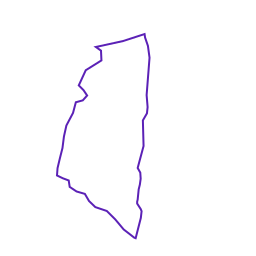 map outline of Xaçmaz (Albers equal-area conic projection), rotated 40°
{"feature_id": "AZE-1730", "entity_name": "Xaçmaz", "entity_type": "District", "adm_level": 1, "iso_a3": "AZE", "parent_name": "Azerbaijan", "parent_adm1": "", "projection": "albers", "projection_center": [48.76, 41.597], "detail": "fine", "context": "isolated", "style": "outline", "palette": "violet", "viewbox_px": 256, "rotation_deg": 40, "n_neighbors": 0, "source": "natural_earth", "source_scale": "10m", "svg_char_len": 733}
<svg xmlns="http://www.w3.org/2000/svg" viewBox="0 0 256 256"><g transform="rotate(40 128 128)"><path d="M51.3,86.6L68.3,64.6L80.3,45.4L82.9,47.7L90.5,52.3L99.3,60.3L121.1,90.8L129.6,99.4L133.1,104.6L134.5,112.6L151.5,131.8L161.1,152.4L166.1,154.3L170.3,158.7L173.5,163.8L175.6,168.1L181.4,176.6L182.4,178.6L183.6,180.0L189.8,181.9L191.9,183.0L195.6,188.6L204.7,207.5L203.3,208.0L189.9,208.5L176.9,206.2L165.1,205.2L153.8,209.6L145.1,209.0L137.3,206.2L129.4,209.7L121.2,210.6L116.3,206.3L110.4,208.4L104.1,210.0L99.8,204.0L95.2,194.8L90.7,185.5L84.4,175.7L79.2,165.7L76.2,151.8L71.5,141.8L75.6,135.9L75.8,129.4L69.6,127.6L62.9,127.0L58.5,110.9L64.2,93.3L57.6,86.1L51.3,86.6Z" fill="none" stroke="#5b21b6" stroke-width="2"/></g></svg>